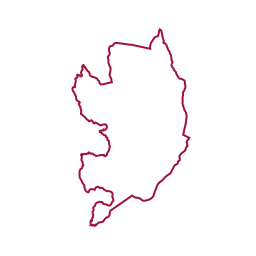 the district of Cabanas, La Paz, Honduras, rotated 191°
{"feature_id": "27666195B79825163063269", "entity_name": "Cabanas", "entity_type": "district", "adm_level": 2, "iso_a3": "HND", "parent_name": "Honduras", "parent_adm1": "La Paz", "projection": "natural_earth1", "projection_center": [-88.001, 13.995], "detail": "fine", "context": "isolated", "style": "outline", "palette": "rose", "viewbox_px": 256, "rotation_deg": 191, "n_neighbors": 0, "source": "geoboundaries", "source_scale": "gbopen_adm2", "svg_char_len": 5841}
<svg xmlns="http://www.w3.org/2000/svg" viewBox="0 0 256 256"><g transform="rotate(191 128 128)"><path d="M146.3,25.5L145.8,25.6L145.0,25.3L144.0,26.1L143.5,26.3L143.1,26.1L142.4,25.5L142.0,25.5L141.5,26.2L141.3,27.1L141.0,27.2L140.7,26.9L140.1,27.6L139.6,28.6L138.9,29.1L138.5,29.8L136.2,30.4L135.2,31.1L134.5,31.5L133.4,34.2L132.8,34.9L132.3,35.8L131.9,36.2L131.3,36.4L130.7,36.7L130.2,37.4L129.8,38.2L129.6,38.9L129.6,40.8L129.8,42.0L129.6,43.2L129.4,43.6L111.0,62.5L108.6,61.4L107.4,61.1L106.4,61.1L104.3,61.5L103.6,61.4L101.5,60.4L99.7,59.6L99.1,59.5L97.6,59.9L95.4,60.7L93.3,62.0L91.6,63.5L90.1,65.8L89.6,70.6L88.7,74.5L88.6,76.2L87.7,79.0L87.2,79.8L86.5,80.8L84.2,83.4L82.7,85.9L81.3,87.9L79.4,90.0L78.0,91.2L77.1,93.3L76.3,96.6L75.2,100.0L74.9,100.5L74.3,100.8L73.9,101.3L73.2,101.8L72.5,102.5L72.5,104.3L72.3,104.9L72.1,105.3L71.5,105.6L71.1,106.0L71.1,107.0L72.1,109.9L72.1,110.6L71.9,111.2L70.5,113.6L68.4,115.7L67.9,116.5L67.4,117.8L67.3,119.4L67.1,120.2L66.8,120.9L66.4,121.3L66.2,121.6L66.3,122.0L66.6,122.2L66.6,123.1L67.6,125.0L67.7,125.7L67.3,127.3L67.0,127.9L66.3,128.7L65.9,130.0L72.5,131.9L72.2,145.9L72.5,146.6L72.5,149.8L73.0,151.8L73.8,153.7L74.3,154.5L76.1,156.5L76.4,157.3L78.4,160.7L79.2,162.7L79.4,164.0L79.5,165.2L80.2,167.8L80.3,169.7L80.2,171.2L80.9,173.6L79.8,175.6L79.9,176.7L79.5,178.2L79.5,179.3L79.8,180.6L80.5,181.9L81.2,184.7L81.8,185.4L82.8,185.9L84.7,186.3L86.9,186.4L87.3,186.6L90.0,189.3L91.1,190.9L91.8,192.2L93.9,193.6L94.4,194.8L95.4,195.6L97.0,197.4L97.3,197.9L97.3,198.2L97.2,199.3L96.9,200.5L96.9,201.3L97.2,201.9L97.8,202.3L98.2,202.9L98.5,203.7L98.7,204.9L99.2,205.9L99.6,207.3L100.0,208.1L100.8,208.7L101.5,210.3L102.6,211.7L103.7,212.8L105.6,216.0L106.8,217.4L107.7,218.2L109.1,218.2L109.5,218.4L109.6,218.7L109.5,220.5L111.1,223.3L113.1,228.1L113.5,228.8L113.7,229.6L114.0,230.0L114.4,230.3L115.1,230.3L115.5,230.7L115.9,229.6L115.9,226.1L116.0,224.9L116.2,224.0L116.7,223.4L118.4,222.7L119.0,222.1L120.0,220.1L121.6,216.1L121.8,214.6L121.9,212.8L121.7,211.2L121.3,210.0L140.5,210.4L142.2,210.1L150.5,209.7L153.9,209.4L155.5,209.4L156.4,209.2L157.3,208.6L158.8,205.9L161.4,204.6L161.7,203.2L161.6,201.2L161.3,200.1L160.3,198.3L160.1,197.2L160.1,196.6L160.4,195.9L161.3,194.3L161.4,193.6L160.5,191.8L160.2,190.9L160.0,190.5L160.0,189.9L159.9,188.9L159.5,188.1L158.3,185.9L157.7,185.0L156.9,184.3L156.4,183.2L156.1,179.1L156.1,178.3L156.3,177.0L156.2,176.3L155.5,175.2L154.4,174.0L153.5,172.4L153.3,171.2L152.6,169.9L161.0,166.1L162.5,165.7L163.4,165.8L163.9,166.1L164.4,166.6L164.7,167.2L165.0,168.0L165.3,168.5L166.5,169.1L167.9,170.7L169.5,171.0L170.3,171.3L171.6,171.4L172.4,171.3L173.1,171.6L174.3,171.8L175.0,172.1L175.6,172.9L176.1,173.9L176.5,174.9L176.8,175.3L177.1,175.6L178.3,176.1L178.6,176.5L179.3,176.8L180.3,178.1L181.0,178.6L181.4,179.2L181.8,179.7L183.0,179.9L183.2,180.2L183.2,180.6L183.4,180.7L183.5,181.2L183.7,181.3L183.9,181.2L184.2,180.8L184.6,179.9L184.6,179.0L183.9,177.5L183.8,177.0L184.1,175.8L184.5,175.0L184.7,173.5L184.3,172.5L183.3,171.1L183.2,170.7L183.3,170.3L183.6,169.8L184.2,169.7L184.7,169.8L186.6,170.7L187.3,170.8L187.9,170.6L188.0,170.4L188.1,170.2L187.4,169.0L187.4,168.1L187.7,167.6L188.8,166.8L189.1,166.1L189.1,165.9L188.4,164.9L188.2,164.3L188.1,162.5L188.5,160.1L187.8,158.9L187.6,158.4L187.8,158.0L189.1,157.9L189.7,157.3L190.1,156.4L189.8,155.2L189.2,154.0L187.2,152.0L186.0,150.3L185.0,148.7L184.4,146.9L184.0,146.0L183.4,145.5L182.5,144.9L180.7,144.4L180.3,144.1L180.2,143.5L180.8,142.6L180.9,142.1L178.8,139.4L177.3,136.1L177.1,135.4L176.9,133.2L176.8,132.7L175.3,132.3L174.8,131.8L171.9,130.2L170.4,128.8L169.3,128.4L167.5,127.1L167.0,127.3L165.8,128.5L165.4,128.6L164.8,128.4L163.9,127.4L163.3,127.0L162.3,126.1L162.1,126.1L161.6,126.2L160.9,127.2L155.5,125.3L152.8,126.8L151.5,127.2L150.8,127.2L149.9,126.8L149.2,125.9L148.8,125.1L148.9,123.8L149.2,123.0L150.0,122.2L150.1,121.9L150.3,121.7L150.8,121.6L151.5,121.9L151.6,121.3L151.6,121.0L151.8,120.8L152.6,120.9L153.2,120.6L154.7,120.0L155.1,119.7L155.0,118.9L154.9,118.6L153.5,118.4L152.7,117.7L150.5,116.7L150.0,116.3L149.1,116.5L148.4,116.4L147.9,115.0L146.8,114.7L146.3,114.2L145.9,112.3L145.7,112.2L145.0,112.2L144.6,111.9L144.0,110.6L143.6,109.0L142.3,106.3L142.4,102.4L143.5,99.7L143.9,97.1L144.2,96.6L144.8,96.1L145.4,96.0L146.1,96.1L146.5,96.9L147.0,96.9L148.3,96.5L149.2,96.4L151.9,95.2L153.5,94.6L154.1,94.6L154.9,94.8L155.5,95.1L156.7,95.3L157.8,96.1L158.6,96.1L159.8,95.6L161.2,96.5L161.6,96.6L162.0,96.4L162.2,95.5L162.4,95.2L163.1,95.2L163.9,94.6L164.6,94.3L165.3,94.3L166.1,94.3L166.6,93.8L167.1,93.3L167.9,93.6L168.5,93.7L168.7,93.4L168.9,92.9L168.7,92.3L168.0,91.7L168.0,91.2L167.6,90.0L167.6,89.5L167.7,88.3L167.6,87.5L167.2,87.0L166.1,86.2L165.8,84.4L165.0,83.2L164.8,82.8L164.9,82.3L165.4,81.9L165.5,81.6L165.3,80.5L165.3,80.1L166.9,78.2L167.1,77.6L167.2,75.5L166.7,73.5L166.6,72.5L166.0,70.3L163.5,67.3L162.1,65.3L160.0,63.6L159.8,63.3L159.8,61.9L158.4,59.3L158.0,59.0L157.4,58.2L156.2,57.5L155.2,57.3L154.6,57.3L154.0,59.7L153.1,60.8L151.7,60.9L150.9,61.2L149.0,61.0L148.8,61.2L148.4,62.9L148.2,63.3L147.1,64.3L146.2,64.7L144.2,63.7L142.7,64.3L142.1,64.2L141.0,63.9L140.0,63.1L137.2,62.1L134.9,62.3L132.8,62.3L131.5,61.6L130.8,60.7L130.5,60.2L130.3,59.4L130.3,57.4L128.9,55.3L128.5,53.8L129.5,52.2L129.9,50.4L130.6,49.1L131.1,48.6L131.7,48.2L132.1,48.1L133.0,48.3L133.9,48.7L135.2,48.7L136.2,48.8L137.6,48.8L138.1,48.9L138.6,49.8L138.9,50.2L139.3,50.3L140.1,50.3L140.6,50.0L141.2,50.2L142.0,50.1L144.1,48.9L145.4,47.5L145.4,46.3L145.6,45.5L145.9,44.9L146.7,43.9L146.9,43.3L146.8,42.5L146.3,41.7L146.2,41.2L146.2,40.5L146.7,39.2L146.6,38.0L146.2,37.0L145.4,35.9L145.3,34.4L145.4,33.9L145.8,33.0L146.0,32.3L145.7,29.9L145.9,29.7L146.7,30.0L147.0,28.8L146.9,28.2L146.1,26.6L146.0,26.0L146.3,25.7L146.3,25.5Z" fill="none" stroke="#9f1239" stroke-width="2"/></g></svg>